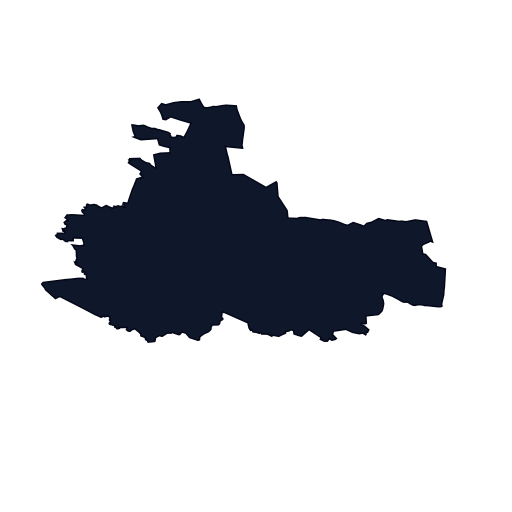 Ļaudonas pag., Madona, Latvia, rotated 206°
{"feature_id": "27541924B83547465612872", "entity_name": "Ļaudonas pag.", "entity_type": "district", "adm_level": 2, "iso_a3": "LVA", "parent_name": "Latvia", "parent_adm1": "Madona", "projection": "natural_earth1", "projection_center": [26.187, 56.69], "detail": "fine", "context": "isolated", "style": "filled", "palette": "ink", "viewbox_px": 512, "rotation_deg": 206, "n_neighbors": 0, "source": "geoboundaries", "source_scale": "gbopen_adm2", "svg_char_len": 6122}
<svg xmlns="http://www.w3.org/2000/svg" viewBox="0 0 512 512"><g transform="rotate(206 256 256)"><path d="M348.2,130.0L348.2,130.3L347.2,131.0L347.9,131.6L340.7,135.2L339.7,133.0L339.8,132.9L338.0,132.5L336.6,133.0L336.1,133.3L335.1,135.5L333.0,137.4L332.7,137.5L327.4,136.2L325.5,135.4L324.4,133.8L324.1,133.7L322.0,134.1L319.8,134.0L319.3,133.6L318.5,132.4L316.8,132.5L316.3,132.4L315.7,131.5L315.4,131.3L315.0,131.4L309.6,134.8L309.5,135.1L310.5,138.7L308.1,142.0L305.1,142.7L302.0,147.8L298.3,149.6L298.0,150.4L297.5,150.6L291.1,151.4L290.1,152.0L289.4,154.8L288.6,155.3L285.2,155.9L279.9,153.6L271.2,154.8L270.5,155.3L270.1,156.0L271.1,158.7L268.9,163.0L265.3,167.4L264.4,170.3L265.4,173.0L265.1,173.5L265.6,174.3L265.6,174.5L259.7,177.6L259.1,179.1L259.8,181.9L258.3,184.0L258.1,184.6L258.2,185.0L260.6,186.3L260.8,188.2L262.0,189.5L261.9,190.3L260.9,190.6L260.9,191.4L233.8,192.4L232.8,190.8L230.8,188.5L230.8,188.3L229.3,187.6L229.3,187.3L228.9,187.2L228.2,186.8L227.9,186.8L227.2,187.6L226.8,187.8L225.8,187.0L225.5,186.5L221.0,187.9L220.6,187.7L219.2,188.0L219.4,188.5L218.1,189.1L217.8,189.1L216.8,188.3L211.5,190.8L206.6,190.8L206.8,191.9L206.4,192.1L200.3,193.8L198.7,196.0L195.7,199.5L196.7,200.8L195.8,201.2L193.1,203.5L192.5,204.9L189.6,205.5L187.6,202.6L181.9,203.4L179.9,203.9L176.1,213.1L161.7,211.2L161.6,209.3L159.4,209.4L157.5,209.3L154.6,210.6L154.4,211.0L154.0,213.7L150.8,213.6L148.1,215.9L147.6,217.1L152.9,219.0L153.4,222.4L143.1,229.5L135.8,229.7L129.1,231.4L126.3,233.5L122.9,233.2L122.7,233.7L123.4,234.8L123.6,235.6L122.3,236.2L122.3,239.1L127.7,240.5L129.8,240.6L131.4,240.4L131.7,242.1L129.1,242.4L127.3,243.7L130.9,250.2L129.6,251.2L120.7,256.8L119.8,258.3L118.7,261.9L118.9,263.9L120.3,269.0L122.0,271.5L124.8,274.3L125.0,274.7L125.1,276.0L124.9,277.2L125.1,277.4L125.9,277.8L125.9,278.0L122.6,279.0L115.9,279.7L109.4,279.5L104.4,279.1L103.1,279.3L100.0,280.8L99.1,281.0L95.0,280.6L93.1,280.7L91.5,281.3L89.2,283.1L87.3,284.1L84.4,285.2L83.5,285.3L83.0,285.3L80.1,286.6L70.4,290.1L68.1,291.2L66.9,292.2L67.1,292.9L67.8,293.5L68.1,294.2L69.4,299.5L70.2,303.2L72.0,307.5L73.2,311.0L80.1,327.4L89.3,325.5L89.8,326.2L90.9,328.5L94.1,327.7L104.2,331.7L107.2,331.0L108.2,332.7L111.7,337.5L110.6,339.9L106.5,344.7L106.0,345.7L103.4,346.0L117.8,361.8L128.6,358.3L136.1,352.6L140.7,351.0L142.8,349.7L154.0,346.1L155.1,344.6L162.1,343.5L167.0,336.9L170.7,333.9L172.0,330.0L175.4,329.8L183.3,328.7L187.0,323.8L190.0,323.1L196.0,322.7L201.2,321.9L205.0,320.8L209.9,318.9L212.0,318.2L213.7,316.7L228.4,312.3L233.9,309.5L235.3,307.9L243.7,304.1L245.9,306.6L245.6,306.7L245.7,306.9L248.0,310.5L262.3,319.1L269.0,330.5L269.4,331.0L270.4,331.5L277.0,322.0L303.1,323.7L313.1,318.5L313.9,319.3L323.6,331.5L324.9,333.1L326.2,334.4L331.6,341.1L329.3,341.8L315.3,347.0L317.2,349.4L318.3,352.6L319.1,354.5L319.6,356.3L322.9,366.3L324.2,368.4L327.5,370.5L330.0,372.4L336.3,378.3L338.0,380.1L339.5,382.3L341.5,381.5L349.0,378.4L352.0,376.5L357.3,372.7L359.9,371.7L362.6,369.3L363.1,369.1L364.9,367.7L367.8,366.6L368.0,366.9L369.6,367.6L373.0,369.9L375.8,372.0L382.0,366.2L390.8,361.9L393.0,360.4L396.8,358.0L403.4,352.3L407.6,351.6L409.1,346.2L404.6,343.3L402.0,340.9L399.6,338.2L396.9,338.9L393.7,343.7L383.5,345.1L372.4,347.0L372.6,345.9L372.5,343.7L372.4,337.7L372.7,331.0L376.7,330.8L379.9,329.7L379.9,328.2L380.2,327.5L380.8,327.1L384.0,325.5L385.5,326.6L386.7,327.3L386.7,328.3L389.2,328.6L398.0,327.1L399.7,326.6L403.1,326.2L405.5,324.9L410.5,324.3L412.7,324.4L414.5,324.1L418.8,321.4L423.7,320.0L425.0,319.4L420.9,314.1L416.8,310.4L418.1,309.3L410.5,310.0L395.9,318.4L391.6,313.5L386.8,314.3L380.9,315.6L378.4,311.1L387.3,306.3L387.4,306.1L392.2,302.1L388.1,296.4L386.6,294.5L386.4,294.5L386.5,294.3L384.6,291.6L385.3,290.8L387.4,291.2L388.0,291.2L389.9,291.4L392.4,292.5L396.0,291.6L400.7,291.9L403.2,292.8L412.2,288.1L412.0,287.5L412.4,286.7L410.8,286.6L410.8,285.9L411.5,285.6L411.4,285.0L411.5,283.9L408.8,283.5L396.1,282.1L396.1,279.1L396.2,278.9L392.4,277.3L393.4,276.1L393.8,276.0L397.1,272.9L397.0,271.6L396.8,271.1L396.7,268.1L396.5,266.4L396.3,261.9L395.1,252.3L394.3,247.2L398.5,245.9L398.3,244.2L397.4,244.2L395.2,242.6L396.5,241.7L398.0,242.5L400.2,240.5L401.2,240.9L402.7,240.1L402.5,239.3L402.9,239.1L405.5,238.5L405.5,238.2L404.6,237.3L405.6,237.0L405.8,236.1L406.2,235.9L407.9,235.9L408.2,235.8L412.8,235.7L415.0,232.6L415.8,231.7L416.2,231.5L419.5,231.5L421.2,231.9L423.9,231.4L425.6,230.3L427.4,229.0L430.4,228.7L430.7,227.6L429.6,225.9L431.7,224.5L430.3,223.8L430.0,222.1L432.4,221.6L432.4,220.3L431.5,220.0L431.5,219.6L431.4,219.4L428.5,218.5L428.7,216.7L429.4,216.6L437.6,213.2L441.0,211.6L442.4,210.6L443.8,210.2L444.4,206.7L442.2,206.4L441.1,206.4L440.3,205.6L440.5,205.1L441.8,205.0L443.1,202.1L441.5,200.8L439.3,201.1L438.9,198.0L440.0,197.0L439.9,196.4L442.1,195.7L440.3,193.7L438.3,194.4L438.1,192.5L444.5,189.3L443.9,188.2L445.1,186.7L443.3,185.6L438.8,185.3L436.8,186.4L433.6,185.6L431.6,186.4L431.9,187.5L429.1,188.5L427.0,189.6L428.2,192.1L419.9,195.9L416.6,192.6L415.7,191.0L415.2,190.5L417.3,188.9L419.0,187.8L425.9,185.4L425.3,185.2L422.2,183.0L421.7,182.8L420.1,182.5L419.0,180.4L418.6,179.8L417.3,177.1L415.4,175.1L415.9,174.7L415.7,172.4L414.3,171.4L416.3,171.0L414.5,169.3L405.9,168.9L405.9,166.2L405.0,165.3L403.4,166.5L402.3,164.6L402.1,164.4L400.8,165.1L399.6,163.5L397.9,160.9L399.6,159.9L401.7,160.1L405.8,158.1L413.0,153.5L416.3,151.6L435.7,138.9L436.3,136.9L435.7,136.4L431.2,134.3L430.6,133.5L429.7,133.2L422.5,131.3L422.6,131.2L419.0,130.3L417.7,129.8L414.6,133.7L385.9,133.2L375.2,132.8L371.5,133.0L368.4,133.0L368.0,133.6L367.1,134.3L366.8,134.8L366.2,135.1L366.3,135.3L366.1,135.4L365.7,135.1L365.4,135.0L362.6,137.2L361.9,137.4L361.6,137.0L361.2,136.8L360.4,137.2L360.2,136.7L359.5,136.2L359.9,135.8L359.7,135.4L359.8,134.5L359.4,134.2L359.3,133.9L358.0,133.4L358.0,133.2L358.2,132.2L358.2,131.6L358.4,131.3L358.2,131.1L358.2,130.8L357.9,130.6L356.7,130.6L355.9,131.0L354.3,131.1L353.3,131.5L352.5,131.5L351.8,131.3L352.1,130.6L351.8,130.2L350.7,130.6L349.6,129.8L349.3,129.7L348.2,130.0Z" fill="#0f172a" stroke="#020617" stroke-width="1.5"/></g></svg>